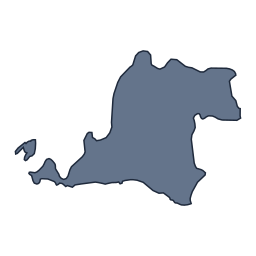 an SVG outline of Banten
{"feature_id": "IDN-1226", "entity_name": "Banten", "entity_type": "Province", "adm_level": 1, "iso_a3": "IDN", "parent_name": "Indonesia", "parent_adm1": "", "projection": "mercator", "projection_center": [105.895, -6.442], "detail": "fine", "context": "isolated", "style": "filled", "palette": "slate", "viewbox_px": 256, "rotation_deg": 0, "n_neighbors": 0, "source": "natural_earth", "source_scale": "10m", "svg_char_len": 2592}
<svg xmlns="http://www.w3.org/2000/svg" viewBox="0 0 256 256"><path d="M191.2,203.6L190.8,203.8L187.7,204.7L184.4,205.1L181.4,204.9L179.6,204.2L178.4,203.6L177.3,203.1L175.4,202.9L174.7,202.5L173.3,200.5L172.5,200.1L170.7,199.8L170.1,199.2L170.0,198.3L169.3,197.3L168.4,196.6L163.4,192.9L158.9,193.2L153.0,190.5L143.2,182.3L137.1,180.2L133.0,179.7L130.4,179.7L127.7,180.1L124.9,180.5L122.5,181.3L122.0,183.2L120.1,183.8L118.7,182.0L116.1,182.5L111.8,182.6L107.6,183.5L105.2,184.1L102.5,183.4L98.1,182.5L95.3,182.1L80.8,184.0L75.1,184.9L72.4,187.2L67.4,185.6L65.7,186.5L63.6,184.6L62.2,183.5L59.7,183.1L59.2,183.6L58.0,184.5L56.7,185.1L56.1,184.5L55.8,183.5L55.2,182.5L54.4,181.6L53.7,181.3L47.9,179.0L41.7,178.7L40.4,179.2L39.8,181.8L39.1,182.9L38.0,183.7L36.8,184.0L34.3,183.1L33.0,180.7L31.6,175.6L29.6,174.3L28.9,173.4L29.3,172.3L30.3,172.1L34.9,172.7L36.8,172.0L39.2,170.1L42.9,166.2L44.2,163.8L45.2,161.4L46.6,159.4L49.0,158.6L50.7,159.3L52.5,160.9L54.1,162.8L55.1,164.3L55.4,166.0L55.4,167.4L55.5,168.8L58.8,174.2L59.5,176.4L61.3,178.4L63.7,179.4L66.3,178.5L68.0,176.0L70.0,169.6L71.5,166.7L82.3,156.8L84.3,154.1L85.1,151.9L83.9,140.4L87.3,133.5L89.0,132.3L91.9,132.5L92.5,137.5L94.8,138.8L96.5,140.7L100.3,140.1L106.2,137.6L109.8,132.8L111.9,127.0L111.5,122.4L113.0,98.6L114.0,93.6L117.8,82.3L120.6,76.9L130.1,67.0L131.4,66.2L132.8,64.9L135.6,55.9L138.7,52.5L143.1,50.9L147.6,51.5L150.6,55.0L151.2,63.8L152.1,65.3L153.5,65.9L157.7,68.5L160.0,69.1L164.6,67.0L167.6,62.7L171.0,59.2L176.8,59.7L185.3,66.3L188.5,67.3L191.9,67.8L200.2,71.9L203.6,72.0L205.9,70.6L208.0,68.9L211.0,68.1L226.5,68.3L229.6,68.9L232.4,70.0L234.4,71.5L235.6,73.7L235.8,75.3L235.3,75.6L230.9,79.1L229.4,81.2L231.9,96.1L235.8,100.6L237.3,106.3L238.9,108.3L240.2,108.6L240.1,115.9L240.6,118.1L236.9,120.3L222.2,120.0L218.1,118.9L215.3,117.2L212.5,116.0L208.6,115.8L206.4,116.8L204.6,118.2L202.8,119.0L201.5,118.4L200.5,116.6L200.0,114.8L199.1,113.7L197.8,113.6L196.6,114.2L194.8,115.4L193.4,118.1L194.2,120.5L194.9,123.9L195.2,127.6L193.9,131.0L191.9,134.8L191.3,139.3L194.2,163.0L195.4,166.3L196.6,168.3L201.0,169.6L202.8,170.5L205.4,172.8L205.1,175.0L197.5,182.2L192.3,191.6L191.0,195.3L190.2,198.3L190.2,200.2L190.6,201.7L191.2,203.6ZM35.4,139.8L35.6,143.3L35.3,148.7L34.3,153.6L32.1,155.8L29.7,156.5L27.1,159.8L25.5,160.6L24.3,159.6L24.6,157.3L25.7,154.8L26.9,152.9L25.2,152.2L24.3,150.8L23.3,147.4L17.3,153.4L15.7,154.0L15.4,151.4L18.1,148.0L25.0,142.5L26.0,143.5L27.2,142.2L28.7,141.3L30.1,141.0L30.7,141.2L31.2,140.3L32.4,139.9L33.9,139.7L35.4,139.8Z" fill="#64748b" stroke="#1e293b" stroke-width="1.5"/></svg>